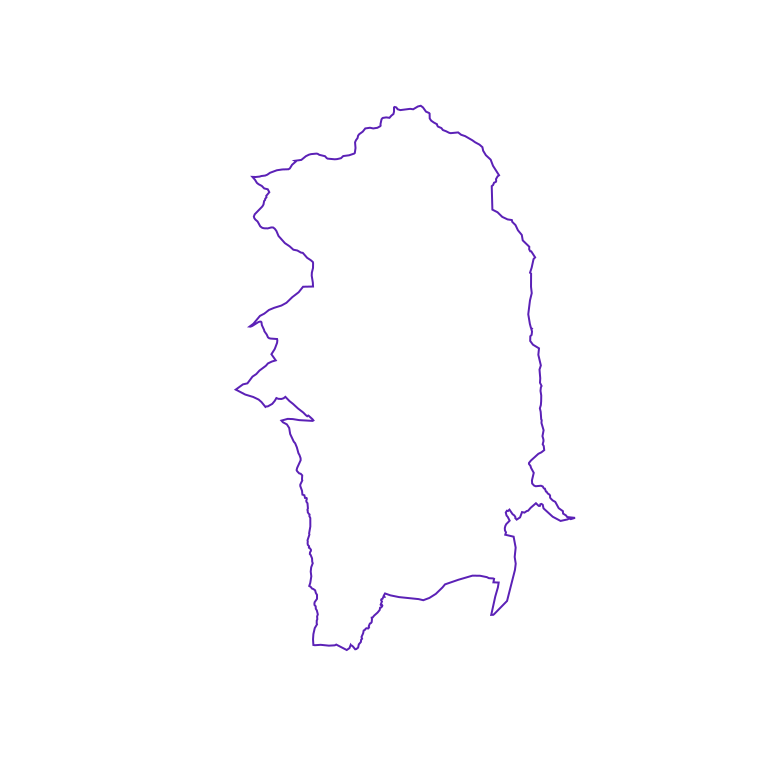 the district of Garbova, Alba, Romania, rotated 131°
{"feature_id": "2599482B63039671608561", "entity_name": "Garbova", "entity_type": "district", "adm_level": 2, "iso_a3": "ROU", "parent_name": "Romania", "parent_adm1": "Alba", "projection": "robinson", "projection_center": [23.722, 45.855], "detail": "fine", "context": "isolated", "style": "outline", "palette": "violet", "viewbox_px": 768, "rotation_deg": 131, "n_neighbors": 0, "source": "geoboundaries", "source_scale": "gbopen_adm2", "svg_char_len": 6166}
<svg xmlns="http://www.w3.org/2000/svg" viewBox="0 0 768 768"><g transform="rotate(131 384 384)"><path d="M485.5,492.2L483.0,481.8L479.6,474.2L478.0,468.4L478.0,464.6L479.1,458.4L478.3,458.2L477.1,457.0L472.3,455.3L468.3,455.4L465.2,456.0L464.5,454.0L462.6,451.6L460.6,450.4L458.4,450.0L458.9,444.2L458.7,439.7L458.9,432.9L458.5,426.2L458.8,422.4L458.7,420.8L457.5,420.5L457.4,419.8L457.5,414.9L457.8,413.4L458.7,413.7L466.9,424.3L470.3,429.8L473.5,433.8L478.9,437.4L479.2,435.2L478.2,430.8L479.4,426.7L483.3,422.0L486.7,414.3L487.0,412.2L489.0,408.2L492.4,403.1L493.0,401.3L494.7,398.3L496.2,396.9L504.3,394.5L506.3,393.5L506.8,392.3L507.1,389.4L506.4,388.0L506.6,385.8L509.8,383.3L510.4,382.4L514.8,381.2L515.9,380.3L518.4,375.8L521.0,373.0L520.2,371.1L521.8,368.9L520.9,367.8L520.9,367.4L521.6,366.7L523.1,366.1L523.8,365.2L524.2,363.5L527.8,359.8L529.3,359.2L529.5,358.6L530.8,357.4L531.3,355.8L531.3,354.6L532.7,353.6L533.5,351.7L539.9,346.1L545.9,342.5L546.6,341.5L552.1,339.2L553.0,338.1L554.3,337.2L555.4,335.9L555.6,334.1L556.8,333.3L556.6,331.9L557.1,330.3L557.9,329.7L559.6,329.4L561.0,328.4L561.1,327.3L562.8,323.9L565.2,321.6L566.0,320.2L570.1,318.7L573.7,316.2L576.8,312.7L582.6,309.1L585.5,307.9L585.2,306.3L585.6,304.1L585.1,302.8L584.9,300.6L586.4,298.4L587.1,296.2L590.1,293.6L594.2,293.2L595.6,292.3L596.4,291.4L596.6,289.7L598.4,288.0L598.9,286.2L601.3,282.8L603.3,282.0L605.3,280.0L606.6,279.6L608.8,277.8L609.3,276.9L613.7,276.1L619.1,273.2L623.2,270.1L627.3,266.1L626.5,264.8L622.4,260.7L617.6,253.9L613.5,249.7L612.0,249.1L609.2,237.6L606.0,236.8L602.7,238.0L602.9,237.3L602.5,236.5L602.5,235.1L603.1,231.7L602.2,231.0L599.9,230.6L597.0,232.2L593.9,232.2L591.9,233.5L590.6,233.4L589.7,235.0L585.8,236.2L583.4,237.6L582.0,237.1L580.6,237.3L579.5,236.7L579.0,235.6L578.2,235.5L577.3,235.7L576.8,236.6L574.1,237.5L573.0,237.0L571.8,237.1L569.5,238.7L568.4,240.0L567.6,239.4L565.3,239.5L560.8,238.9L557.4,239.0L555.4,240.2L554.4,239.5L553.0,239.6L552.3,239.9L552.1,240.5L552.9,241.2L552.8,241.7L549.4,242.9L549.2,244.1L548.6,244.6L548.0,244.7L547.1,244.2L545.2,244.8L544.3,244.0L543.9,245.3L541.4,245.8L539.3,240.5L535.0,232.9L523.6,216.7L521.4,212.5L515.7,209.4L508.4,207.2L499.2,206.4L495.2,206.5L482.9,199.4L470.6,191.5L465.7,185.7L462.3,179.7L461.7,177.4L459.1,174.0L458.8,173.1L461.9,171.3L458.6,167.2L462.8,164.6L471.4,160.6L487.9,151.6L486.5,150.1L485.4,149.9L467.0,148.8L438.4,163.2L433.2,166.7L428.8,171.9L421.1,177.3L414.2,186.0L418.2,193.6L415.9,194.6L415.2,196.6L413.5,198.3L411.5,199.3L409.6,199.8L404.7,199.5L403.1,203.5L402.9,205.2L401.1,207.8L399.0,208.1L398.5,207.1L396.5,206.9L397.9,201.5L397.7,199.4L398.3,197.4L399.1,196.9L399.3,194.9L395.4,193.8L390.1,195.8L388.9,193.6L386.2,192.9L385.1,192.1L381.2,192.1L374.3,191.1L374.5,187.3L373.8,186.4L372.1,187.1L371.2,186.5L371.0,185.0L373.2,182.0L373.5,169.6L371.5,160.9L365.7,156.6L364.1,156.1L363.5,154.4L359.7,152.0L364.2,158.4L363.8,160.5L364.3,163.8L362.6,165.6L363.1,170.7L360.6,177.4L361.2,180.3L361.0,183.4L360.6,184.3L359.3,185.4L358.9,186.6L359.2,188.6L358.6,190.7L358.9,191.3L357.5,193.8L357.8,194.1L357.8,195.2L357.2,197.0L357.8,198.8L361.6,202.4L362.2,204.0L361.9,206.9L359.7,209.1L352.8,212.7L350.7,218.3L349.8,219.5L349.2,222.2L348.4,222.8L345.3,222.9L335.4,221.7L332.3,220.4L328.8,219.7L326.0,222.8L325.4,224.7L322.4,226.2L321.2,227.4L319.4,230.2L314.2,233.2L310.1,239.6L307.8,241.3L307.5,242.2L302.2,247.5L300.1,250.4L297.0,251.8L293.9,254.1L289.5,257.8L286.5,261.4L283.6,263.4L282.1,263.8L280.7,267.1L277.2,269.8L271.1,276.1L267.1,277.8L260.7,286.7L255.4,290.4L256.6,297.4L255.6,301.9L252.0,304.9L250.1,304.8L247.3,306.7L245.9,308.8L245.2,308.7L245.2,310.0L242.9,313.4L236.7,320.9L225.1,328.7L218.5,332.1L214.2,336.8L204.2,345.4L204.2,346.8L199.3,348.9L191.6,353.1L189.3,353.0L187.3,359.9L187.9,360.7L187.1,362.8L185.1,364.4L184.6,373.5L181.1,377.8L180.1,383.8L177.8,389.0L177.5,393.5L176.4,395.1L178.7,398.7L180.3,404.4L179.9,411.0L181.3,416.6L164.0,432.5L162.2,432.2L159.9,433.0L158.1,432.2L157.2,432.5L155.9,433.9L152.7,434.5L151.0,434.1L147.8,444.9L144.7,450.7L144.5,457.2L142.9,462.2L140.7,465.1L140.7,469.0L141.8,473.9L142.1,477.2L143.7,485.4L145.3,489.3L145.5,493.1L151.0,498.3L151.7,499.7L152.5,502.9L153.7,506.2L153.2,508.6L154.3,512.1L154.0,513.4L153.2,514.4L154.0,518.1L154.3,521.2L153.6,523.7L150.0,527.0L149.9,527.8L150.9,531.0L149.7,536.0L149.9,538.8L152.3,540.5L157.5,542.2L159.2,544.8L166.6,551.4L167.7,554.0L167.2,556.1L167.9,557.7L168.7,557.9L171.9,555.1L174.1,554.0L176.6,554.5L179.5,554.5L181.4,557.3L183.9,559.4L184.7,559.6L185.9,559.5L190.1,557.2L191.3,556.0L192.0,556.0L195.0,557.1L198.2,559.8L199.8,562.7L203.4,565.8L207.5,565.6L211.7,566.6L213.5,566.5L215.8,565.3L218.4,565.1L220.6,564.4L224.6,560.3L228.8,557.6L229.7,557.7L234.3,560.4L238.7,564.3L241.8,564.6L245.1,567.0L246.8,568.7L250.9,574.4L251.1,575.4L250.8,578.0L253.5,583.2L253.8,585.1L254.5,586.2L258.4,589.9L260.2,591.1L263.3,592.4L269.1,593.4L273.9,597.6L273.7,596.8L273.9,596.5L278.9,597.2L283.1,596.5L284.6,597.0L288.8,601.5L293.0,605.1L299.4,608.6L302.6,609.4L304.6,610.4L307.5,613.0L309.0,613.9L312.0,616.7L314.0,619.2L314.5,615.4L315.6,611.9L315.5,609.7L314.7,606.2L315.0,602.7L313.3,599.5L314.5,596.4L319.3,596.3L320.2,595.2L322.1,595.2L323.1,594.5L324.6,594.5L327.6,592.7L329.8,592.3L340.7,592.9L343.0,592.1L343.9,590.7L344.3,589.0L344.3,586.0L346.2,580.8L346.0,578.3L345.1,576.6L342.8,573.8L339.8,571.8L338.6,570.3L338.5,568.2L339.1,565.6L341.5,560.7L342.7,551.2L342.0,545.5L342.1,540.5L340.1,537.0L339.3,532.9L338.3,531.3L339.2,524.8L338.6,520.5L338.6,517.8L339.2,516.9L343.0,513.7L347.3,511.5L349.7,509.6L354.1,504.3L357.0,501.5L363.7,508.9L370.8,508.6L378.6,510.2L386.7,510.9L392.1,512.9L398.6,516.9L403.6,519.4L409.4,520.5L414.0,522.3L424.2,522.1L428.8,523.1L428.3,522.4L426.6,521.5L419.6,519.4L418.2,518.5L417.7,517.7L417.8,517.0L419.7,514.8L421.8,510.1L422.7,508.8L423.6,505.0L424.9,502.2L424.8,500.7L424.1,499.4L420.2,494.2L421.2,493.0L423.1,491.7L427.4,490.1L429.4,489.4L435.4,488.5L437.2,481.2L440.5,483.3L444.6,485.1L447.7,485.1L455.6,486.8L460.3,486.9L464.7,488.1L473.1,487.5L476.8,490.2L485.5,492.2Z" fill="none" stroke="#5b21b6" stroke-width="2"/></g></svg>